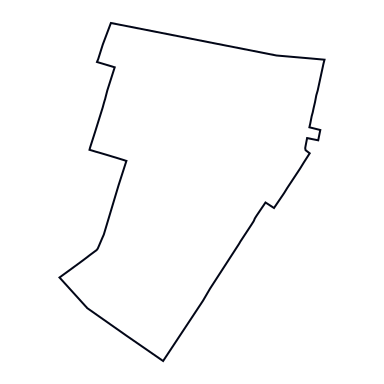 the district of Al-Munakh, Bur Sa`id, Egypt
{"feature_id": "37247803B61340660401138", "entity_name": "Al-Munakh", "entity_type": "district", "adm_level": 2, "iso_a3": "EGY", "parent_name": "Egypt", "parent_adm1": "Bur Sa`id", "projection": "albers", "projection_center": [32.286, 31.265], "detail": "fine", "context": "isolated", "style": "outline", "palette": "ink", "viewbox_px": 384, "rotation_deg": 0, "n_neighbors": 0, "source": "geoboundaries", "source_scale": "gbopen_adm2", "svg_char_len": 1039}
<svg xmlns="http://www.w3.org/2000/svg" viewBox="0 0 384 384"><path d="M324.5,59.7L311.2,58.5L276.5,55.5L110.9,23.0L102.8,44.5L98.1,59.4L97.5,60.7L97.0,62.0L114.7,67.3L107.3,90.5L105.3,98.3L105.1,99.2L104.8,100.0L104.0,102.7L102.7,107.5L95.0,132.2L90.1,147.5L89.5,149.8L92.2,150.6L95.8,151.7L98.7,152.5L104.1,154.1L109.5,155.7L112.4,156.6L115.8,157.6L124.2,160.2L125.3,160.6L126.4,160.9L118.5,185.5L103.8,234.6L101.9,238.9L98.8,246.2L97.7,248.7L97.2,249.3L96.7,250.0L90.1,254.9L83.7,259.8L73.9,267.0L59.5,277.5L85.7,306.4L86.5,307.2L87.2,308.1L126.2,335.5L163.1,361.0L203.0,300.7L210.0,288.7L238.7,244.4L239.5,243.1L240.2,241.8L251.5,224.6L253.6,221.3L254.2,220.0L254.3,219.8L254.8,218.5L256.7,215.5L265.5,202.5L274.0,208.0L284.1,193.1L287.3,187.9L300.0,168.7L303.8,162.5L309.7,153.3L305.6,150.2L305.4,149.2L305.2,148.1L305.8,144.8L307.1,138.1L318.2,140.3L320.3,130.0L309.4,127.3L310.3,123.3L311.7,116.1L312.7,112.5L313.6,108.2L315.0,102.2L316.3,95.3L317.7,90.5L323.5,63.6L324.5,59.7Z" fill="none" stroke="#020617" stroke-width="2"/></svg>